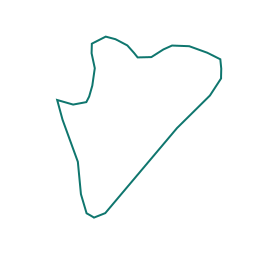 SVG path tracing the border of East Renfrewshire, rotated 286°
{"feature_id": "GBR-2003", "entity_name": "East Renfrewshire", "entity_type": "Unitary District", "adm_level": 1, "iso_a3": "GBR", "parent_name": "United Kingdom", "parent_adm1": "", "projection": "orthographic", "projection_center": [-4.331, 55.752], "detail": "fine", "context": "isolated", "style": "outline", "palette": "teal", "viewbox_px": 256, "rotation_deg": 286, "n_neighbors": 0, "source": "natural_earth", "source_scale": "10m", "svg_char_len": 542}
<svg xmlns="http://www.w3.org/2000/svg" viewBox="0 0 256 256"><g transform="rotate(286 128 128)"><path d="M32.5,120.0L32.6,119.8L33.6,116.0L34.6,111.7L51.4,101.0L81.7,89.1L117.9,62.8L135.4,52.2L135.4,68.8L141.4,80.8L147.5,82.0L158.9,82.0L176.3,79.6L189.8,72.4L199.1,70.0L209.7,81.4L209.9,91.5L207.2,104.6L201.9,113.0L198.5,117.8L202.6,130.9L213.3,140.4L219.4,147.6L223.5,164.3L222.2,183.4L219.5,197.8L210.7,201.3L203.0,203.3L201.3,203.8L181.8,197.8L141.4,175.1L39.9,129.6L32.5,120.0Z" fill="none" stroke="#0f766e" stroke-width="2"/></g></svg>